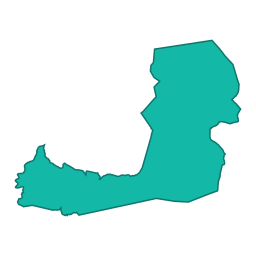 the district of Ayotzintepec, Oaxaca, Mexico
{"feature_id": "50627088B35063367960799", "entity_name": "Ayotzintepec", "entity_type": "district", "adm_level": 2, "iso_a3": "MEX", "parent_name": "Mexico", "parent_adm1": "Oaxaca", "projection": "albers", "projection_center": [-96.196, 17.726], "detail": "fine", "context": "isolated", "style": "filled", "palette": "teal", "viewbox_px": 256, "rotation_deg": 0, "n_neighbors": 0, "source": "geoboundaries", "source_scale": "gbopen_adm2", "svg_char_len": 5724}
<svg xmlns="http://www.w3.org/2000/svg" viewBox="0 0 256 256"><path d="M208.8,194.0L217.6,190.8L218.2,182.9L218.7,180.4L220.0,176.6L220.2,173.6L222.2,165.1L224.1,164.6L224.6,163.4L224.5,161.8L224.2,160.6L223.7,159.4L223.6,158.2L223.9,156.9L224.0,155.9L224.5,155.0L225.1,153.9L224.2,153.1L223.9,152.5L223.6,152.0L223.5,151.7L222.9,150.1L222.4,149.5L222.1,149.1L221.6,148.6L221.4,148.3L220.8,147.7L220.6,147.5L220.5,147.3L220.3,147.1L220.2,147.0L219.6,146.3L219.4,146.1L219.0,145.7L218.8,145.4L218.5,145.1L218.2,144.7L216.4,143.4L216.1,143.1L216.0,142.9L215.9,142.9L215.7,142.7L215.3,142.5L215.2,142.4L214.9,142.2L214.7,142.1L214.4,142.0L214.4,141.9L214.2,141.8L214.1,141.7L213.9,141.6L213.6,141.5L213.5,141.4L212.8,141.0L211.1,140.1L210.1,137.8L210.0,137.3L210.0,136.9L209.9,136.5L209.9,136.1L209.9,135.6L209.9,135.2L209.9,134.9L209.9,134.3L210.0,134.0L210.0,133.8L210.0,130.0L210.0,129.2L211.0,128.5L210.7,127.9L211.5,127.6L212.0,127.5L212.7,127.1L213.0,126.8L213.4,126.5L214.1,126.3L214.6,126.1L214.9,126.1L215.2,126.0L215.5,125.8L215.8,125.7L216.2,125.5L216.5,125.3L216.7,125.1L217.0,124.9L217.3,124.7L217.5,124.5L217.7,124.4L217.8,124.2L218.1,123.9L218.2,123.7L218.4,123.5L218.7,123.1L218.6,122.9L219.0,122.6L219.1,122.0L221.5,121.6L226.1,122.5L227.9,123.2L228.3,123.3L228.8,123.4L229.1,123.5L229.4,123.6L229.8,123.7L230.2,123.7L230.7,123.6L231.0,123.5L231.3,123.4L233.1,122.7L235.6,122.1L237.6,121.8L238.0,121.4L238.4,121.0L238.3,120.5L238.3,120.2L238.2,119.9L238.1,119.4L238.1,119.0L238.1,118.7L238.1,118.4L238.0,118.1L237.9,117.9L237.5,116.8L237.5,115.8L237.4,115.6L237.9,113.6L239.5,111.0L240.6,109.0L240.1,108.6L236.1,103.7L234.3,102.4L233.7,101.4L231.8,99.6L232.7,98.8L233.3,98.3L234.9,96.7L235.5,96.2L236.1,95.8L237.7,93.1L238.1,92.4L238.7,89.7L238.9,85.1L239.1,84.6L237.4,79.6L232.9,64.5L224.8,55.7L219.6,48.9L212.0,40.4L154.6,49.1L153.4,62.6L151.0,65.3L150.4,71.1L154.0,77.5L159.7,81.2L154.1,87.1L156.2,96.8L153.7,99.4L143.2,111.4L141.1,113.1L143.2,116.1L151.0,127.5L151.1,128.4L152.8,130.1L151.3,135.2L151.4,135.8L142.4,167.3L142.2,167.9L141.9,168.3L141.6,168.7L141.5,169.3L141.1,169.7L140.9,170.2L140.6,170.6L140.3,171.1L140.1,171.7L139.7,172.2L139.3,172.6L139.0,173.0L138.6,173.4L138.1,173.7L137.6,174.2L137.2,174.5L136.8,174.8L136.2,175.0L135.6,175.0L135.3,175.0L134.6,175.7L133.6,175.8L132.5,175.6L131.5,176.0L130.5,176.3L129.5,175.4L129.0,175.0L128.0,174.9L126.6,175.0L126.0,175.2L125.5,175.5L124.8,175.4L123.9,175.3L123.3,175.2L122.7,175.0L121.4,175.2L120.8,175.4L120.1,175.8L119.6,176.2L118.5,176.4L117.9,176.3L116.7,176.4L116.3,176.0L115.8,175.8L114.8,175.5L114.1,175.4L113.6,175.2L112.8,174.9L111.6,174.9L111.1,174.6L110.4,174.2L109.7,174.3L109.0,174.5L108.2,174.4L107.7,174.2L106.9,174.7L106.2,175.0L105.3,175.5L104.5,175.7L104.1,175.8L103.5,176.1L102.7,176.5L102.2,177.1L101.4,177.9L100.8,178.4L100.3,179.1L99.7,179.5L99.3,179.0L99.7,178.3L100.0,177.8L100.0,177.1L99.9,176.5L99.6,176.0L99.0,175.4L98.6,175.1L98.4,174.4L98.0,173.7L97.9,173.2L97.5,172.9L96.8,173.2L86.9,171.0L86.3,171.5L85.8,174.9L83.9,172.2L83.3,171.4L82.9,171.0L82.4,170.6L81.6,170.6L81.0,170.3L80.5,170.4L80.0,170.1L77.2,169.8L76.6,169.9L76.0,169.9L75.6,169.9L70.4,166.6L69.1,165.9L66.4,164.6L65.5,163.9L64.8,163.2L63.8,163.7L63.2,164.4L63.1,165.4L63.0,166.6L62.8,167.4L62.3,168.0L61.5,168.2L60.7,168.1L60.1,168.0L59.6,167.9L58.7,167.4L58.3,166.9L56.7,166.3L55.6,165.6L55.1,165.4L54.8,165.0L54.2,164.8L53.3,164.2L53.0,163.6L52.5,163.4L52.0,163.1L51.1,163.0L50.6,162.9L49.9,162.6L49.7,162.2L49.8,161.3L49.6,160.5L48.8,159.9L48.5,159.1L48.1,158.7L47.2,158.5L46.6,157.7L46.1,157.2L45.4,156.8L45.1,156.0L44.9,155.3L45.0,154.4L45.1,153.4L44.7,152.8L44.5,152.2L44.4,151.5L44.4,150.5L44.0,149.6L43.7,149.2L43.6,148.6L43.7,147.9L43.8,147.4L43.9,146.6L44.0,146.1L44.2,145.5L44.4,145.0L42.2,146.0L40.2,146.3L39.4,146.5L39.0,146.9L38.3,147.6L37.9,148.4L37.5,149.2L37.2,149.8L37.0,150.4L36.8,151.3L36.8,152.1L36.8,152.6L36.7,153.7L36.3,154.4L35.9,155.3L35.4,156.1L34.9,157.0L34.7,157.6L34.5,158.2L34.2,159.0L34.0,159.4L33.4,160.2L32.8,160.7L32.0,161.0L31.0,161.4L29.8,161.6L28.9,162.3L28.0,162.3L27.5,162.7L26.3,163.5L25.7,164.0L25.3,164.5L24.7,165.1L24.5,166.0L24.5,166.8L24.8,167.7L24.9,168.6L25.0,169.7L24.8,170.6L24.5,171.2L24.0,172.1L23.6,172.6L23.1,173.0L22.1,173.4L21.6,173.5L20.7,173.5L20.2,173.5L19.5,173.6L18.9,173.6L18.2,173.7L17.8,174.2L17.5,174.6L17.8,175.3L18.2,175.9L18.5,176.5L18.8,176.9L18.9,177.9L18.4,178.6L17.8,178.6L17.1,179.0L16.3,179.5L15.9,179.8L15.4,180.5L15.6,181.1L16.1,181.6L16.7,182.3L17.4,182.7L17.9,183.2L18.0,183.8L17.6,184.6L17.3,185.2L16.8,185.4L16.3,186.2L15.7,186.7L15.5,187.3L16.1,187.8L16.7,187.9L17.8,187.9L18.5,187.8L19.6,187.6L20.6,187.2L21.4,186.9L22.2,186.7L22.7,186.7L23.5,187.4L23.5,188.1L23.3,188.7L23.1,189.1L22.9,189.6L22.8,190.2L22.9,190.8L23.1,191.3L23.4,191.8L23.5,192.4L22.5,192.7L22.0,193.0L22.0,193.7L21.5,194.3L21.8,194.8L22.0,195.7L22.1,196.6L22.0,197.8L20.2,198.9L19.6,198.8L19.0,198.7L18.6,199.6L18.3,200.4L18.1,200.8L17.7,201.5L17.7,202.3L18.1,203.3L18.9,204.4L19.8,204.9L20.6,205.1L21.7,205.6L23.5,206.7L32.3,205.3L53.1,210.2L53.7,209.8L54.5,210.0L55.0,209.9L55.6,209.9L56.1,209.9L57.0,210.1L57.7,210.0L59.1,209.8L60.2,208.8L61.0,207.8L61.0,208.6L60.9,209.1L60.8,209.6L60.9,210.3L61.0,210.9L61.2,211.4L61.5,211.8L61.7,212.3L61.8,213.0L61.9,213.5L62.5,214.3L63.3,214.7L63.9,214.9L64.5,215.2L65.8,215.6L66.2,215.1L66.4,214.5L67.1,214.7L67.4,215.2L67.7,214.7L68.0,214.3L68.8,214.6L69.3,214.6L69.8,214.6L70.4,214.5L71.0,214.4L71.6,213.9L72.1,213.6L73.0,213.1L73.8,212.6L74.3,212.6L74.9,212.8L75.5,212.9L76.0,212.8L76.5,212.3L77.0,212.9L77.6,213.7L78.1,214.1L78.6,214.5L78.9,215.1L156.3,198.4L174.6,201.3L188.4,202.0L208.8,194.0Z" fill="#14b8a6" stroke="#0f766e" stroke-width="1.5"/></svg>